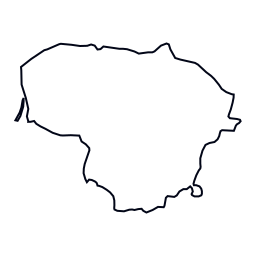 outline of Lithuania
{"feature_id": "LTU", "entity_name": "Lithuania", "entity_type": "country or territory", "adm_level": 0, "iso_a3": "LTU", "parent_name": "Europe", "parent_adm1": "", "projection": "mercator", "projection_center": [24.055, 55.152], "detail": "fine", "context": "isolated", "style": "outline", "palette": "ink", "viewbox_px": 256, "rotation_deg": 0, "n_neighbors": 0, "source": "natural_earth", "source_scale": "50m", "svg_char_len": 1888}
<svg xmlns="http://www.w3.org/2000/svg" viewBox="0 0 256 256"><path d="M86.9,182.2L85.3,179.0L83.6,173.2L83.8,168.6L84.7,164.0L89.4,150.3L89.2,148.1L85.8,144.3L81.6,141.5L79.3,135.6L70.8,135.2L62.8,135.5L60.3,135.3L52.7,132.8L45.4,128.8L40.5,126.4L36.3,123.8L34.1,121.0L30.6,121.8L28.2,121.8L28.3,121.3L26.9,116.4L28.3,108.9L25.8,97.9L21.6,84.6L21.3,70.3L21.0,67.0L31.3,58.9L44.3,50.2L47.2,49.4L59.2,44.2L60.8,43.8L71.6,44.8L80.0,46.0L87.2,45.8L91.1,44.5L94.7,45.6L97.5,49.5L100.5,49.1L103.4,46.5L119.4,48.8L123.0,48.8L127.0,49.2L134.5,51.5L138.8,53.6L148.3,52.3L152.4,52.3L154.5,51.4L161.0,45.6L163.9,44.5L166.5,43.5L168.8,44.4L170.4,49.4L175.2,58.0L180.5,59.6L195.0,62.9L198.0,64.6L206.2,72.2L211.1,75.9L214.2,78.9L218.9,84.7L221.7,88.9L226.3,92.1L231.7,94.2L233.7,94.5L233.6,97.6L232.6,102.7L230.8,109.4L228.9,114.5L228.4,116.5L229.9,118.2L237.0,119.0L240.0,119.8L240.6,121.2L239.1,123.0L236.8,124.4L235.8,125.8L233.9,130.8L222.1,130.2L220.5,131.2L219.8,133.5L219.2,136.1L217.6,139.3L214.5,142.0L209.5,143.0L205.5,144.9L202.5,150.6L200.3,158.3L200.3,163.7L200.6,166.8L200.3,168.5L198.8,170.4L196.3,175.3L194.3,180.8L193.5,183.8L193.9,185.2L196.2,185.2L199.5,186.4L201.2,188.6L201.9,191.1L201.9,193.8L201.3,195.3L198.7,196.4L194.5,196.4L192.1,195.1L191.6,194.1L192.8,191.5L191.9,188.2L190.2,186.4L186.8,189.1L183.4,189.1L179.4,191.5L176.8,195.4L174.3,196.9L167.6,196.1L165.9,197.8L164.5,205.7L163.7,207.2L158.0,206.9L152.6,210.0L146.4,212.5L143.3,210.8L141.6,208.8L138.2,209.1L134.5,210.0L132.1,209.5L129.3,209.7L124.0,211.3L117.3,210.8L114.5,209.5L114.2,208.2L114.4,205.2L114.3,200.4L113.3,196.2L110.1,192.4L106.7,189.8L102.4,187.1L99.2,185.9L97.5,185.6L97.1,184.1L96.5,182.7L95.0,181.5L91.8,180.0L89.1,179.6L86.9,182.2ZM17.6,120.8L15.4,120.3L19.7,112.5L21.4,107.5L22.6,100.3L23.6,98.0L23.6,101.3L23.2,106.7L20.4,116.0L17.6,120.8Z" fill="none" stroke="#020617" stroke-width="2"/></svg>